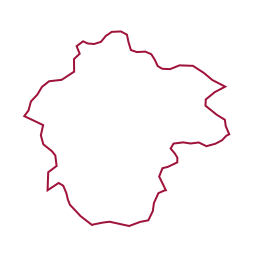 Nonsan-si, South Chungcheong, South Korea (Equal Earth projection), rotated 83°
{"feature_id": "91817680B11377751855609", "entity_name": "Nonsan-si", "entity_type": "district", "adm_level": 2, "iso_a3": "KOR", "parent_name": "South Korea", "parent_adm1": "South Chungcheong", "projection": "equal_earth", "projection_center": [127.164, 36.193], "detail": "fine", "context": "isolated", "style": "outline", "palette": "rose", "viewbox_px": 256, "rotation_deg": 83, "n_neighbors": 0, "source": "geoboundaries", "source_scale": "gbopen_adm2", "svg_char_len": 1129}
<svg xmlns="http://www.w3.org/2000/svg" viewBox="0 0 256 256"><g transform="rotate(83 128 128)"><path d="M194.4,98.0L194.1,98.1L180.0,103.0L172.1,98.7L171.4,93.1L168.1,83.3L163.5,82.6L158.9,84.7L153.6,88.2L149.0,84.7L149.0,74.9L151.0,67.9L151.0,59.5L155.6,52.4L154.3,43.3L151.7,36.3L147.7,31.4L146.6,28.3L137.9,30.8L131.7,30.8L125.5,38.5L115.3,48.4L109.1,47.3L102.9,37.4L98.8,26.5L90.6,38.5L82.4,46.2L74.2,56.0L72.1,69.2L74.7,79.1L73.4,86.8L70.1,91.0L63.5,93.1L57.6,95.9L54.3,101.5L53.7,110.0L51.0,115.6L43.1,117.0L35.2,117.7L31.3,123.3L30.6,132.4L33.9,138.8L39.2,144.4L40.5,151.4L39.2,157.7L36.5,162.0L39.1,166.5L40.5,169.0L48.4,166.9L53.0,173.2L65.5,174.6L72.1,188.0L72.0,200.7L76.7,208.4L83.9,214.0L89.8,221.1L98.4,224.6L103.6,229.5L108.9,221.1L114.8,211.9L124.7,215.4L133.9,214.0L141.8,206.3L146.4,203.5L157.0,203.5L162.2,212.6L180.0,215.4L174.1,203.5L177.4,199.3L185.3,197.1L191.8,196.4L197.1,195.0L205.7,188.7L209.6,185.9L219.9,175.5L219.5,173.9L218.8,164.1L218.8,157.7L225.4,138.8L222.7,127.5L222.1,119.1L213.5,113.5L205.6,111.4L196.4,105.8L194.4,99.4L194.4,98.0Z" fill="none" stroke="#9f1239" stroke-width="2"/></g></svg>